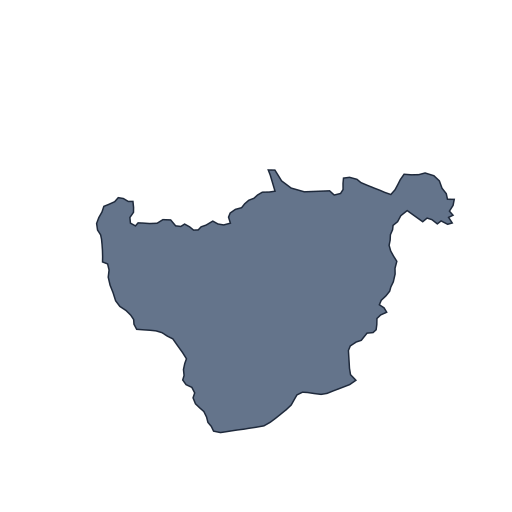 outline of Mato Castelhano, Rio Grande do Sul, Brazil, rotated 305°
{"feature_id": "56859067B22451204874775", "entity_name": "Mato Castelhano", "entity_type": "district", "adm_level": 2, "iso_a3": "BRA", "parent_name": "Brazil", "parent_adm1": "Rio Grande do Sul", "projection": "natural_earth1", "projection_center": [-52.187, -28.262], "detail": "fine", "context": "isolated", "style": "filled", "palette": "slate", "viewbox_px": 512, "rotation_deg": 305, "n_neighbors": 0, "source": "geoboundaries", "source_scale": "gbopen_adm2", "svg_char_len": 2454}
<svg xmlns="http://www.w3.org/2000/svg" viewBox="0 0 512 512"><g transform="rotate(305 256 256)"><path d="M311.9,224.6L306.9,222.3L302.1,221.2L297.5,218.1L292.3,216.8L287.3,216.5L282.4,212.4L276.4,210.2L272.1,211.2L268.2,216.2L262.9,211.7L260.4,206.5L259.8,200.6L252.7,197.4L248.4,194.3L244.2,193.7L241.4,190.0L241.8,184.9L241.2,179.2L237.1,177.5L234.6,172.9L236.6,165.4L232.4,158.9L226.1,156.2L221.6,150.3L218.0,144.3L215.5,140.4L211.5,140.0L210.9,134.3L215.2,130.6L221.5,130.6L225.5,127.9L230.1,123.9L227.4,120.0L227.0,114.4L224.8,109.7L219.4,109.1L213.7,105.7L209.4,102.9L203.7,104.6L197.3,105.2L191.2,106.8L186.4,111.3L184.2,116.6L181.2,119.8L177.0,123.4L172.4,127.1L167.4,130.8L163.1,133.7L164.4,139.0L160.2,143.7L153.9,147.1L148.4,153.2L144.0,159.9L138.8,166.7L136.6,173.4L136.8,180.8L135.7,187.3L133.8,192.2L130.1,195.2L127.5,200.3L131.2,206.5L134.3,211.6L137.3,217.0L139.3,223.0L139.5,229.4L140.4,235.4L137.8,242.6L134.7,251.4L131.9,258.0L127.1,259.3L121.4,261.7L116.9,265.6L112.4,267.1L110.5,272.5L111.6,278.8L108.7,284.3L103.7,285.8L100.2,291.2L99.3,297.0L98.7,302.5L95.7,307.9L92.1,312.1L90.8,317.1L88.2,321.7L91.0,328.2L95.0,332.4L98.1,335.6L102.6,340.3L107.3,345.5L110.9,349.1L115.3,353.8L121.4,359.9L128.2,363.1L134.9,365.3L147.8,369.0L154.1,370.3L160.1,369.7L165.7,369.2L171.1,372.2L173.8,376.6L176.8,382.7L180.0,388.7L184.2,393.0L189.9,396.7L198.0,402.2L204.4,406.5L211.5,409.1L213.0,401.5L217.6,397.0L221.4,394.0L231.6,385.9L236.4,384.8L243.0,387.4L247.3,390.6L256.5,391.2L260.4,395.8L264.5,396.7L269.1,394.3L274.2,390.9L279.2,391.9L284.9,395.3L287.0,390.6L286.8,385.0L291.6,384.0L297.9,385.3L303.8,385.7L308.0,384.2L313.6,383.3L321.0,380.3L325.7,376.9L332.4,374.4L334.8,368.7L337.4,363.4L341.1,358.9L345.9,356.8L350.5,353.9L355.9,352.8L359.7,350.7L365.3,352.3L372.1,351.5L379.9,353.8L379.7,372.9L385.2,374.4L386.7,379.3L386.3,386.1L390.9,387.5L391.9,394.8L395.6,397.8L398.1,391.6L402.4,394.0L403.7,388.7L410.5,388.4L416.1,385.9L412.3,380.3L416.2,376.1L418.2,369.5L422.7,363.1L423.8,355.7L421.0,346.9L416.0,342.7L411.6,336.7L407.9,330.4L401.4,330.4L395.9,331.2L390.0,331.9L383.7,331.2L381.9,324.8L380.9,319.8L379.5,314.2L377.6,306.0L376.3,299.8L376.7,294.7L374.1,287.5L370.0,283.0L365.3,285.7L360.4,289.2L355.7,289.4L350.8,285.1L351.6,278.9L336.3,258.8L331.8,245.8L332.0,240.2L332.2,233.9L334.4,228.8L337.2,222.2L333.5,216.7L330.5,221.2L320.0,234.4L316.0,230.2L311.9,224.6Z" fill="#64748b" stroke="#1e293b" stroke-width="1.5"/></g></svg>